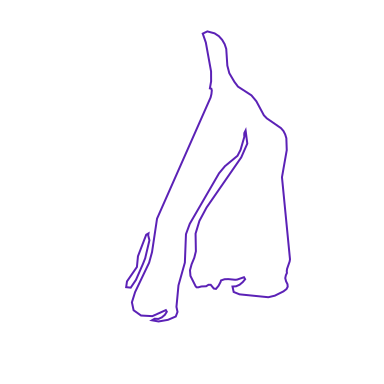 an SVG outline of Bến Tre, rotated 60°
{"feature_id": "VNM-504", "entity_name": "Bến Tre", "entity_type": "Province", "adm_level": 1, "iso_a3": "VNM", "parent_name": "Vietnam", "parent_adm1": "", "projection": "equal_earth", "projection_center": [106.493, 10.078], "detail": "fine", "context": "isolated", "style": "outline", "palette": "violet", "viewbox_px": 384, "rotation_deg": 60, "n_neighbors": 0, "source": "natural_earth", "source_scale": "10m", "svg_char_len": 1626}
<svg xmlns="http://www.w3.org/2000/svg" viewBox="0 0 384 384"><g transform="rotate(60 192 192)"><path d="M206.2,91.6L224.2,106.7L299.3,140.8L301.0,142.2L306.1,148.1L307.9,149.5L309.6,150.3L311.0,152.3L313.2,154.3L316.4,155.2L319.6,155.4L321.9,156.5L323.3,158.7L323.8,162.5L323.2,172.1L321.3,178.5L304.4,202.0L299.4,205.9L294.1,204.2L295.7,201.0L296.1,197.1L295.4,193.1L294.1,189.6L291.8,189.6L290.4,196.8L289.6,198.5L285.6,204.1L283.8,207.5L283.1,211.1L284.3,212.4L286.5,215.9L287.9,219.7L286.5,221.4L281.7,222.2L280.6,224.2L280.7,226.9L278.5,231.1L277.7,234.2L276.9,235.6L275.6,236.0L263.9,235.3L258.8,232.9L254.4,228.5L250.1,222.9L245.3,218.3L229.8,209.7L220.7,200.0L212.7,187.1L186.6,132.0L177.7,119.9L165.5,114.8L167.1,117.2L168.8,118.3L170.4,119.1L179.8,128.9L183.4,134.5L186.1,150.5L189.3,159.2L218.4,209.8L225.5,218.3L249.6,233.5L266.1,250.4L283.7,262.9L288.6,264.5L291.7,268.3L290.7,276.7L287.4,285.7L283.1,290.8L283.1,287.7L285.1,284.6L285.5,280.8L284.8,276.9L283.1,273.7L281.2,273.7L279.7,288.4L273.5,297.9L265.2,301.7L257.5,299.2L250.2,291.3L231.8,264.5L224.1,256.7L197.6,235.6L119.5,128.7L116.9,126.2L114.0,124.1L112.2,123.6L111.2,124.7L105.7,120.1L97.1,115.2L69.5,105.3L60.2,103.5L60.6,98.4L65.9,93.1L70.5,90.8L75.4,89.8L80.3,89.8L85.2,90.8L100.2,98.2L107.8,100.3L117.8,100.2L123.7,99.5L138.0,92.2L145.6,90.9L161.5,91.4L165.6,90.4L181.2,83.0L184.9,82.3L188.7,82.5L192.6,83.4L203.1,89.0L206.2,91.6ZM229.8,270.5L240.1,284.5L244.2,292.9L241.5,296.6L236.9,293.0L229.4,277.2L220.6,270.9L206.1,253.0L206.1,250.4L207.6,251.6L212.5,253.0L226.0,265.7L229.8,270.5Z" fill="none" stroke="#5b21b6" stroke-width="2"/></g></svg>